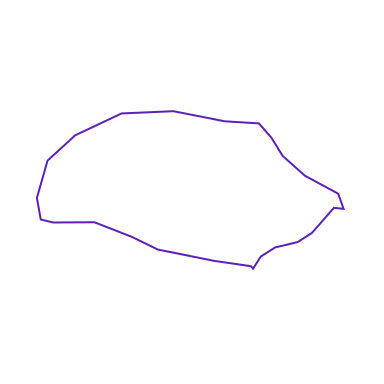 the district of Malmö, Skåne, Sweden, rotated 26°
{"feature_id": "70781695B15028769687560", "entity_name": "Malmö", "entity_type": "district", "adm_level": 2, "iso_a3": "SWE", "parent_name": "Sweden", "parent_adm1": "Skåne", "projection": "natural_earth1", "projection_center": [13.073, 55.586], "detail": "fine", "context": "isolated", "style": "outline", "palette": "violet", "viewbox_px": 384, "rotation_deg": 26, "n_neighbors": 0, "source": "geoboundaries", "source_scale": "gbopen_adm2", "svg_char_len": 483}
<svg xmlns="http://www.w3.org/2000/svg" viewBox="0 0 384 384"><g transform="rotate(26 192 192)"><path d="M280.5,234.2L282.1,219.9L291.0,205.4L308.8,190.8L317.7,176.3L326.5,144.0L335.6,140.7L324.3,129.5L320.7,129.3L286.5,127.9L257.6,119.8L239.8,108.5L222.1,101.0L190.2,114.2L139.9,127.5L94.2,152.3L62.2,192.2L48.4,227.1L55.2,265.3L68.1,283.0L80.5,280.3L117.5,262.0L157.5,258.7L186.5,258.7L242.1,244.2L277.7,232.8L280.5,234.2Z" fill="none" stroke="#5b21b6" stroke-width="2"/></g></svg>